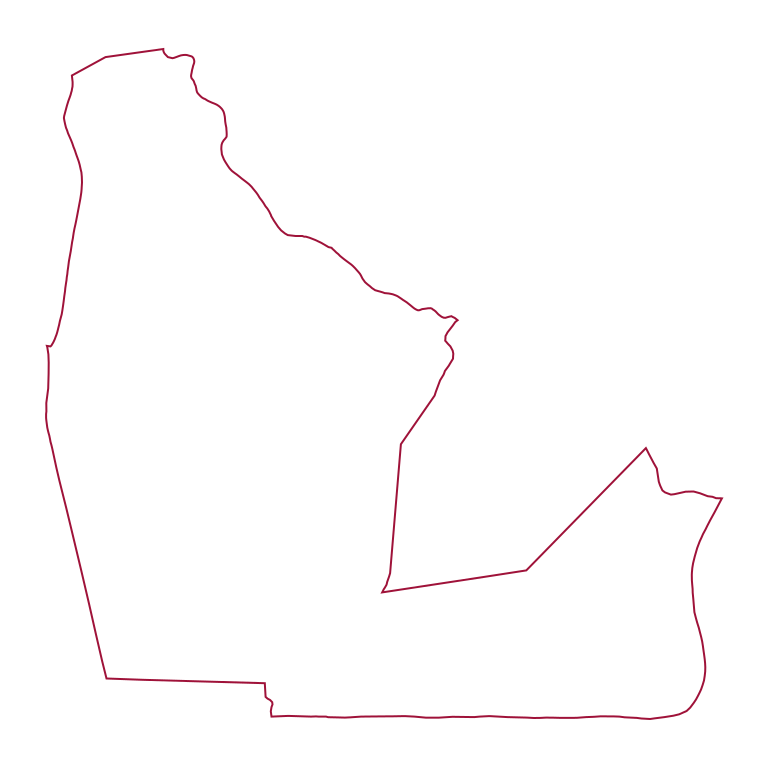 the district of La Tourney/Cedar Heights, Laborie, Saint Lucia
{"feature_id": "8701671B9732663070943", "entity_name": "La Tourney/Cedar Heights", "entity_type": "district", "adm_level": 2, "iso_a3": "LCA", "parent_name": "Saint Lucia", "parent_adm1": "Laborie", "projection": "orthographic", "projection_center": [-60.965, 13.743], "detail": "fine", "context": "isolated", "style": "outline", "palette": "rose", "viewbox_px": 768, "rotation_deg": 0, "n_neighbors": 0, "source": "geoboundaries", "source_scale": "gbopen_adm2", "svg_char_len": 5714}
<svg xmlns="http://www.w3.org/2000/svg" viewBox="0 0 768 768"><path d="M106.5,678.5L142.6,679.8L264.8,683.2L265.6,696.9L267.5,698.6L270.1,700.0L272.2,702.2L272.5,704.4L271.5,707.1L270.8,711.3L271.5,716.6L288.3,715.9L311.1,716.6L316.0,716.4L318.6,716.6L326.0,716.6L328.2,717.2L337.5,717.4L344.9,717.6L351.0,717.3L352.3,717.2L361.2,716.6L370.5,716.5L381.2,716.4L393.6,716.3L404.6,716.1L414.4,716.6L426.3,717.7L438.3,717.7L452.5,716.8L474.2,717.1L479.7,716.6L489.4,716.1L507.5,717.1L526.9,717.6L533.9,718.0L540.5,717.9L546.1,717.6L553.8,717.7L561.5,717.9L570.6,717.9L576.9,717.8L586.2,717.1L594.0,716.8L600.9,716.3L609.5,716.4L613.5,716.4L619.4,716.6L624.6,717.3L630.6,717.6L636.8,717.9L641.4,718.5L650.1,719.0L654.3,718.4L664.5,717.1L673.4,715.7L679.2,714.3L686.6,711.0L690.2,707.6L692.0,705.2L693.8,702.8L696.0,699.5L698.1,695.6L699.8,692.2L701.1,689.4L702.6,685.1L704.0,680.5L704.4,677.9L704.7,676.0L705.2,671.6L705.3,667.2L705.1,663.2L704.7,659.1L704.1,654.6L703.5,650.4L702.9,646.0L702.2,641.6L701.2,637.1L700.1,632.9L698.8,627.8L697.2,622.7L696.0,618.4L694.4,612.2L693.3,599.0L692.7,592.7L692.6,588.9L692.2,584.4L691.9,580.6L691.8,574.9L691.9,572.7L692.3,568.0L693.1,563.2L694.7,556.7L697.2,548.0L699.7,541.4L701.6,537.3L703.0,534.1L705.7,529.1L707.4,525.6L710.3,520.0L714.6,512.2L721.5,499.1L721.9,498.4L721.0,498.3L716.1,498.2L712.5,496.8L707.7,496.2L700.1,493.3L694.3,491.7L693.4,491.5L689.1,491.6L685.6,491.7L680.7,492.8L674.3,494.2L670.9,494.6L667.9,493.5L665.0,492.4L662.4,490.4L660.3,485.9L659.7,484.3L658.8,481.7L656.8,468.5L653.6,462.9L648.8,453.8L647.0,450.2L645.9,448.1L526.3,570.4L488.1,576.3L382.2,592.4L382.6,591.6L383.4,590.0L383.8,589.2L384.7,587.9L386.4,585.0L386.7,584.1L387.2,581.9L389.1,576.5L389.7,574.5L390.1,573.2L400.9,444.2L422.6,412.9L434.6,395.6L435.9,391.6L440.1,380.3L443.6,374.6L444.3,372.8L444.9,371.0L448.8,365.7L449.6,364.3L453.0,358.7L453.1,356.3L453.3,353.7L452.9,351.8L452.7,350.7L450.4,346.4L447.8,343.7L446.2,341.8L445.2,340.7L445.4,338.8L445.5,336.1L446.5,334.3L447.5,332.4L452.7,325.7L455.2,322.1L455.7,321.7L457.6,320.2L454.7,317.9L453.0,317.1L452.2,316.7L451.5,316.2L449.6,316.6L447.4,317.2L445.5,317.8L443.7,317.7L441.6,316.8L439.3,315.1L438.3,314.3L436.6,312.5L435.6,311.4L434.2,310.3L432.8,309.4L432.0,308.7L430.7,308.2L427.9,308.3L426.1,308.6L423.9,308.9L422.2,309.1L419.7,310.1L418.8,310.3L417.6,310.2L415.9,309.4L414.4,308.5L412.6,307.1L411.9,306.5L410.2,305.1L409.2,304.3L408.2,303.5L406.7,302.3L405.3,301.4L404.1,300.6L403.1,300.0L401.3,298.7L397.7,296.3L396.5,295.7L394.7,295.0L392.8,294.3L391.0,293.9L388.9,293.5L387.0,293.3L384.7,293.1L382.8,292.4L379.8,291.5L378.6,291.2L375.1,290.2L374.1,289.5L372.0,288.1L369.9,286.2L367.7,284.5L366.2,283.2L365.0,282.1L363.5,280.0L362.5,278.6L360.9,275.4L360.0,273.9L358.8,272.4L356.4,269.7L355.1,268.2L352.8,265.9L351.2,264.5L348.9,262.8L347.4,261.7L344.2,259.3L341.7,257.3L340.0,255.9L338.3,254.1L336.3,252.5L334.4,250.6L332.2,248.6L331.6,247.8L328.5,247.1L321.4,242.9L315.3,240.0L313.0,239.1L309.7,237.8L306.0,236.7L304.3,236.7L302.3,236.0L295.6,236.0L287.8,235.1L285.0,233.5L281.1,230.4L278.1,226.9L274.0,220.8L271.1,215.9L271.1,215.4L270.0,213.2L269.2,211.5L267.3,208.5L265.5,206.3L263.3,202.7L261.9,200.7L259.6,197.7L257.8,194.7L256.3,192.6L255.0,191.0L253.1,188.7L251.6,186.8L249.7,184.9L249.0,184.2L247.4,182.9L245.6,181.5L243.5,179.9L241.9,178.7L239.5,176.7L236.6,174.4L234.9,173.2L232.8,171.6L231.7,170.7L229.6,168.4L228.0,166.1L225.5,162.2L224.0,159.6L222.8,156.7L221.9,154.4L221.6,151.5L221.3,149.1L221.4,146.6L221.6,144.7L222.3,142.6L222.8,141.8L223.7,140.3L224.9,139.0L226.3,137.2L226.6,136.5L226.7,134.4L226.6,131.8L226.4,129.2L226.3,127.6L225.6,124.1L225.2,121.5L225.0,118.8L224.8,116.7L224.2,113.8L223.7,112.1L223.1,110.8L222.0,109.1L221.1,108.1L219.8,106.8L218.5,105.8L216.8,104.7L215.3,104.0L214.4,103.6L212.3,102.8L210.7,102.1L208.7,101.2L207.5,100.6L205.8,99.5L204.6,98.8L203.6,98.5L201.7,97.3L200.0,95.7L198.5,94.1L197.5,92.9L197.0,92.0L196.5,90.2L196.3,88.8L196.0,87.4L195.6,85.7L194.9,84.3L194.4,83.0L193.8,81.2L193.1,80.1L192.1,78.9L191.5,78.1L191.1,76.5L191.1,75.3L191.3,74.2L191.6,72.8L191.9,71.0L192.2,69.5L192.6,68.1L193.1,65.9L193.6,64.5L194.1,63.0L194.3,61.4L194.1,60.0L193.5,58.3L192.3,56.8L191.0,56.2L189.5,55.8L187.2,55.1L185.7,54.9L183.3,55.0L180.9,55.4L178.8,56.1L176.7,56.9L174.2,57.8L172.5,58.2L167.9,57.1L165.7,54.8L164.6,53.6L163.9,52.4L163.4,51.0L163.3,50.4L163.3,49.0L105.5,57.1L71.9,75.5L72.1,77.4L72.4,80.2L72.6,81.9L72.6,84.4L72.5,86.7L72.1,88.5L71.7,90.9L71.2,92.5L70.6,94.8L69.7,97.4L68.4,100.9L67.0,105.4L65.6,110.6L64.2,115.9L63.9,118.0L64.5,121.3L65.1,124.1L66.0,127.7L67.1,130.4L68.0,133.2L68.7,134.8L70.2,138.2L71.2,140.5L72.3,143.3L73.6,147.2L74.2,148.6L75.1,151.0L75.7,152.9L76.7,155.8L77.3,157.4L78.3,160.2L78.9,162.0L79.7,164.9L80.2,167.2L80.9,170.3L81.4,172.3L81.8,176.6L81.9,179.3L82.0,182.5L81.8,185.7L81.7,187.2L81.6,189.2L81.3,192.4L80.8,195.8L80.3,199.0L77.3,214.9L76.3,220.1L75.4,224.5L74.5,228.4L73.7,232.6L73.2,235.9L72.9,238.1L72.1,242.2L71.4,246.9L70.8,250.9L68.9,261.3L68.2,266.9L67.6,271.0L67.3,274.1L66.8,277.1L66.5,280.2L66.0,283.3L65.3,288.1L65.0,291.3L64.3,296.1L63.7,301.0L63.1,305.4L62.3,310.8L61.7,314.3L59.9,321.0L59.1,324.9L58.3,328.0L57.9,329.7L57.1,332.7L56.4,334.9L55.6,336.9L54.9,338.9L53.8,341.3L53.1,342.7L52.0,344.5L51.5,345.4L50.5,346.4L46.9,345.9L47.3,347.2L48.4,354.4L48.7,362.5L48.6,374.0L48.2,388.5L46.3,403.0L46.4,411.4L46.1,414.0L46.1,415.8L46.1,417.9L46.3,420.1L46.7,423.2L47.0,425.5L47.3,427.7L47.9,430.4L48.5,432.8L49.3,435.6L50.0,439.0L50.5,441.8L51.5,445.4L52.4,449.2L56.3,467.4L59.3,480.3L66.2,507.8L71.7,530.6L81.5,571.6L89.1,604.1L95.9,634.1L102.2,661.3L106.5,678.5Z" fill="none" stroke="#9f1239" stroke-width="2"/></svg>